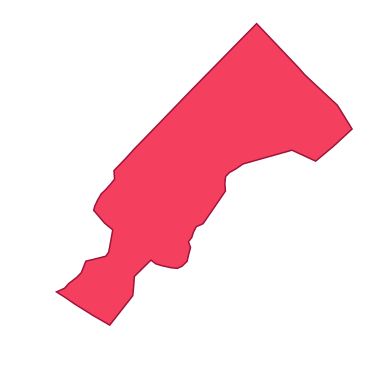 Barão, Rio Grande do Sul, Brazil, rotated 314°
{"feature_id": "56859067B63492372460068", "entity_name": "Barão", "entity_type": "district", "adm_level": 2, "iso_a3": "BRA", "parent_name": "Brazil", "parent_adm1": "Rio Grande do Sul", "projection": "mercator", "projection_center": [-51.523, -29.392], "detail": "fine", "context": "isolated", "style": "filled", "palette": "rose", "viewbox_px": 384, "rotation_deg": 314, "n_neighbors": 0, "source": "geoboundaries", "source_scale": "gbopen_adm2", "svg_char_len": 900}
<svg xmlns="http://www.w3.org/2000/svg" viewBox="0 0 384 384"><g transform="rotate(314 192 192)"><path d="M358.0,121.5L325.2,121.2L296.6,121.0L266.4,120.7L230.1,120.7L223.4,120.7L182.4,120.6L170.5,121.0L161.0,121.0L153.2,121.0L147.4,127.4L140.9,128.0L133.2,128.3L127.6,128.0L120.7,129.7L114.5,131.8L110.5,134.0L108.9,150.9L109.7,161.3L91.0,173.8L85.9,174.6L68.5,163.7L57.1,168.4L50.7,168.4L40.7,166.9L34.3,167.2L26.0,163.9L28.3,175.4L29.8,184.7L34.5,207.0L39.1,225.3L76.3,221.4L83.2,215.9L91.3,209.2L114.5,209.8L115.2,215.9L118.1,221.6L123.0,229.6L126.9,234.5L131.8,236.4L138.7,236.6L145.8,232.4L151.0,229.6L153.7,224.1L159.4,223.3L164.2,220.9L170.1,219.2L176.9,222.0L215.9,215.4L221.0,209.7L226.5,205.4L232.2,205.4L239.1,207.5L247.6,209.2L291.5,234.8L300.1,259.5L323.4,262.0L348.5,263.4L355.4,236.4L354.6,192.0L355.4,182.2L358.0,121.5Z" fill="#f43f5e" stroke="#9f1239" stroke-width="1.5"/></g></svg>